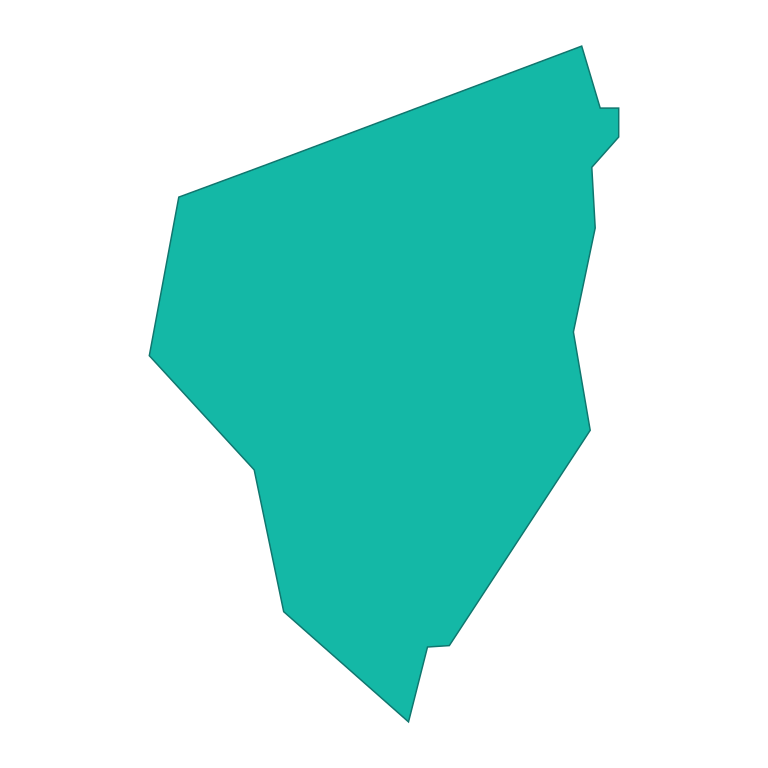 outline of Rumbek North, Lakes, South Sudan, rotated 270°
{"feature_id": "79223893B34085221347990", "entity_name": "Rumbek North", "entity_type": "district", "adm_level": 2, "iso_a3": "SSD", "parent_name": "South Sudan", "parent_adm1": "Lakes", "projection": "natural_earth1", "projection_center": [29.719, 7.541], "detail": "fine", "context": "isolated", "style": "filled", "palette": "teal", "viewbox_px": 768, "rotation_deg": 270, "n_neighbors": 0, "source": "geoboundaries", "source_scale": "gbopen_adm2", "svg_char_len": 374}
<svg xmlns="http://www.w3.org/2000/svg" viewBox="0 0 768 768"><g transform="rotate(270 384 384)"><path d="M337.7,590.2L436.0,573.4L540.0,595.2L600.7,591.8L631.0,618.7L659.9,618.7L659.9,600.2L721.9,581.7L602.0,262.9L570.9,178.8L412.3,149.3L298.1,254.2L156.3,283.7L46.1,408.5L121.0,427.5L122.4,449.3L337.7,590.2Z" fill="#14b8a6" stroke="#0f766e" stroke-width="1.5"/></g></svg>